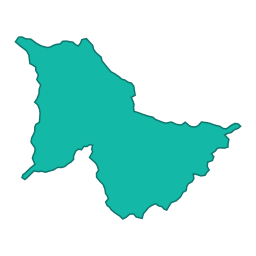 outline of Taquarivaí, São Paulo, Brazil
{"feature_id": "56859067B24863569730487", "entity_name": "Taquarivaí", "entity_type": "district", "adm_level": 2, "iso_a3": "BRA", "parent_name": "Brazil", "parent_adm1": "São Paulo", "projection": "orthographic", "projection_center": [-48.686, -23.94], "detail": "fine", "context": "isolated", "style": "filled", "palette": "teal", "viewbox_px": 256, "rotation_deg": 0, "n_neighbors": 0, "source": "geoboundaries", "source_scale": "gbopen_adm2", "svg_char_len": 2405}
<svg xmlns="http://www.w3.org/2000/svg" viewBox="0 0 256 256"><path d="M72.9,42.2L66.3,41.1L62.7,41.3L60.0,44.0L56.2,44.4L53.4,45.4L50.0,47.2L47.1,47.5L41.4,46.0L36.9,43.6L34.6,42.0L30.8,39.1L25.5,38.8L22.1,37.0L18.6,37.2L15.4,41.8L20.5,46.2L26.5,50.7L28.9,55.0L29.3,58.6L29.9,63.6L32.5,64.9L35.7,67.1L35.8,70.6L38.4,75.0L36.8,79.6L38.5,82.1L40.7,84.9L39.2,89.2L39.0,93.8L37.0,98.8L34.7,102.2L37.8,104.9L39.5,109.2L40.1,113.3L39.4,122.2L35.8,124.5L34.8,127.4L34.7,131.7L33.2,135.0L31.6,138.2L31.1,142.3L35.1,148.1L34.8,152.2L33.4,155.0L32.4,158.3L34.9,164.3L30.1,168.3L25.2,173.1L23.0,174.7L22.0,177.6L24.9,179.5L27.4,177.4L30.3,174.5L34.1,170.9L38.4,171.7L41.4,171.2L45.7,172.2L49.5,171.0L53.8,169.8L57.5,167.4L61.8,167.5L64.8,166.5L67.9,163.9L70.9,162.1L73.6,159.4L73.5,156.2L75.7,151.1L78.3,149.2L81.5,149.7L83.7,146.5L87.2,146.4L89.8,144.5L92.6,145.3L91.7,149.0L92.6,151.8L91.2,154.5L89.5,157.5L93.2,160.8L95.5,162.8L97.6,166.4L98.6,170.5L96.5,173.1L96.6,177.2L100.0,181.4L103.2,184.5L104.9,188.9L105.6,193.4L107.2,195.7L108.4,198.7L105.6,202.0L107.2,205.6L109.5,207.2L111.3,209.8L114.9,212.8L120.0,216.2L122.8,219.0L126.1,217.3L129.6,214.2L133.6,213.9L136.2,217.0L142.1,218.4L143.4,213.7L148.6,207.5L151.7,205.4L155.7,203.7L158.3,205.7L162.1,206.8L164.0,209.0L166.7,210.1L168.4,207.2L171.1,202.7L176.2,200.8L180.5,196.9L183.0,192.3L186.2,190.6L186.8,186.4L188.2,183.9L192.1,181.6L193.8,178.8L193.3,173.8L197.5,174.7L200.9,175.9L205.0,175.3L207.2,171.9L209.2,170.1L207.2,166.5L207.7,162.2L212.4,160.5L213.8,156.6L211.4,153.8L215.2,151.1L217.5,148.2L220.1,147.8L224.3,148.1L227.9,147.1L228.1,143.3L228.9,139.4L224.7,135.0L227.8,133.3L231.3,132.5L234.2,129.9L238.2,128.3L240.6,126.3L238.3,124.0L235.0,123.4L231.9,124.9L229.5,126.6L226.5,128.8L223.1,128.5L219.8,126.3L216.6,125.6L213.1,124.6L210.7,123.6L207.5,122.8L201.5,122.0L198.1,125.8L195.1,127.0L191.7,126.8L189.0,125.5L185.2,122.2L181.3,125.1L176.6,124.4L171.2,122.0L165.9,123.2L162.7,122.3L159.6,121.1L155.5,119.5L152.9,117.2L148.3,116.2L142.9,114.4L138.7,112.8L134.1,111.4L133.5,107.7L134.0,104.3L132.9,101.0L131.2,97.4L135.2,95.2L134.6,91.9L133.7,86.1L131.3,83.0L128.2,82.3L125.0,80.1L121.6,79.1L119.2,76.9L115.2,74.1L110.9,71.7L108.0,68.3L105.6,65.4L103.6,62.9L101.9,60.8L101.2,57.2L96.2,52.9L93.6,49.4L92.7,45.5L89.7,42.2L86.4,38.6L81.9,39.6L80.4,43.3L78.1,46.0L75.6,44.7L72.9,42.2Z" fill="#14b8a6" stroke="#0f766e" stroke-width="1.5"/></svg>